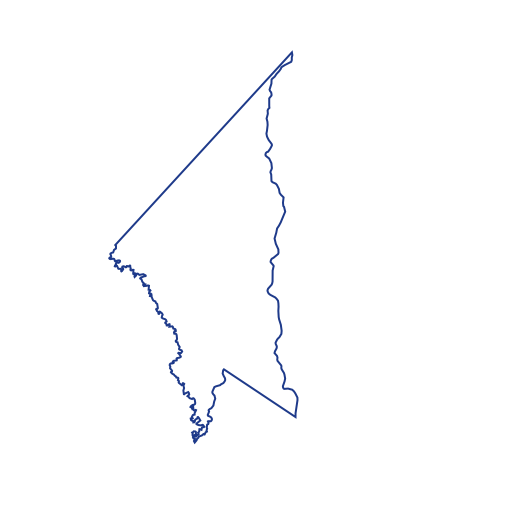 Barranca De Upia, Meta, Colombia, rotated 34°
{"feature_id": "7082276B26667075739233", "entity_name": "Barranca De Upia", "entity_type": "district", "adm_level": 2, "iso_a3": "COL", "parent_name": "Colombia", "parent_adm1": "Meta", "projection": "albers", "projection_center": [-72.985, 4.546], "detail": "fine", "context": "isolated", "style": "outline", "palette": "blue", "viewbox_px": 512, "rotation_deg": 34, "n_neighbors": 0, "source": "geoboundaries", "source_scale": "gbopen_adm2", "svg_char_len": 6153}
<svg xmlns="http://www.w3.org/2000/svg" viewBox="0 0 512 512"><g transform="rotate(34 256 256)"><path d="M133.2,325.6L134.2,325.8L135.7,328.1L134.9,330.3L135.6,332.9L134.5,334.2L134.0,335.4L134.2,335.9L135.3,336.5L136.5,337.7L136.2,338.6L135.6,339.1L135.6,339.9L136.3,340.2L137.2,339.9L139.3,338.0L140.0,337.8L140.6,338.0L141.7,339.0L142.2,339.1L144.2,336.7L145.1,336.1L145.9,336.0L146.2,336.3L146.4,337.0L146.1,338.1L145.9,338.5L144.7,339.0L144.0,340.2L144.1,340.7L144.7,341.3L144.4,342.7L144.7,343.5L145.2,343.4L145.5,342.5L146.3,341.9L148.9,343.5L149.5,343.4L150.7,342.4L151.7,342.4L152.2,342.8L152.5,343.8L153.0,344.0L153.3,343.4L153.3,341.2L152.8,340.7L151.3,340.2L151.2,339.4L152.0,338.5L153.4,338.2L154.1,338.3L154.6,338.0L154.7,337.7L154.5,336.6L154.9,336.3L155.9,336.2L156.8,334.4L157.3,334.5L158.1,335.7L159.1,336.3L159.4,337.4L160.0,337.9L160.7,337.7L161.7,336.2L162.2,336.0L163.9,339.1L164.5,339.6L165.0,339.4L165.3,338.0L166.4,337.9L166.8,339.0L166.6,340.8L167.1,341.2L167.5,339.4L167.2,337.7L167.4,337.0L168.1,336.7L169.9,336.9L172.7,334.1L175.2,333.8L175.7,334.1L175.7,334.4L174.7,335.3L172.4,338.5L172.6,339.4L174.2,339.4L176.1,340.9L178.1,341.3L178.3,342.5L178.6,342.9L179.3,341.7L180.1,341.4L180.2,342.3L179.7,343.2L180.0,343.6L182.1,341.8L182.9,340.8L183.9,340.5L185.8,344.0L187.0,343.4L187.8,343.7L187.5,345.3L188.2,346.8L188.6,346.8L189.5,346.0L190.6,346.1L191.3,346.9L190.4,347.4L190.3,347.9L190.5,348.5L191.8,347.9L195.3,350.2L196.2,350.3L198.0,349.9L199.2,350.8L200.9,351.0L203.8,354.1L203.8,354.9L203.0,355.5L203.0,356.0L204.8,357.0L206.1,357.0L207.4,358.4L207.8,358.4L208.0,358.2L207.5,355.9L208.1,355.8L208.9,356.1L210.2,356.1L211.5,356.9L211.6,358.2L212.3,359.8L213.4,359.9L216.2,359.2L217.3,359.4L218.5,360.3L218.0,361.8L218.1,362.2L220.0,362.6L220.8,363.5L221.4,363.2L222.0,361.3L222.4,360.9L223.0,361.4L223.7,363.1L226.0,361.1L226.6,361.2L228.0,362.4L229.8,361.8L230.4,361.9L231.5,363.0L231.4,363.4L230.6,363.6L230.5,363.9L230.8,365.3L231.7,366.1L233.0,365.3L233.7,365.4L234.6,366.1L236.9,368.9L237.2,369.9L236.9,371.1L237.3,371.7L237.9,371.9L239.2,371.4L241.1,373.1L243.6,374.1L244.0,375.8L244.4,376.3L245.2,376.3L247.0,375.8L248.2,376.5L248.1,378.4L247.7,378.8L246.0,379.5L245.9,380.0L247.0,380.2L249.6,381.2L249.9,381.4L250.0,382.0L249.2,383.3L247.7,384.7L247.5,385.4L248.5,386.4L248.6,386.9L246.2,389.1L246.2,390.4L247.4,390.4L247.5,390.8L246.9,391.7L245.3,392.9L245.1,393.9L245.5,394.8L246.7,395.5L247.6,397.2L249.3,397.6L250.6,398.1L250.9,398.7L250.4,399.7L250.5,400.0L252.4,400.4L254.2,400.2L255.6,400.7L256.8,400.6L258.0,401.3L259.1,400.6L259.7,400.6L260.2,401.1L260.7,402.6L262.1,402.8L262.6,404.1L263.0,404.3L266.7,404.6L266.9,403.9L266.5,402.4L267.0,402.1L268.0,402.2L268.3,404.0L270.2,405.7L271.0,408.1L273.5,410.9L273.8,410.8L274.1,409.6L275.9,406.7L276.8,407.0L278.1,408.2L278.1,408.7L277.5,410.1L277.6,410.6L278.9,410.4L280.4,411.0L283.0,410.3L283.3,409.2L283.7,408.9L284.5,409.0L285.7,409.5L287.8,411.8L288.2,412.7L288.0,413.6L286.7,415.0L286.1,416.8L286.1,417.8L287.3,417.7L288.6,418.4L288.7,417.9L288.0,416.4L288.1,416.0L290.0,418.3L290.6,418.7L291.2,418.6L292.1,417.3L292.5,417.3L293.0,420.7L293.8,421.8L292.6,423.2L292.8,425.1L294.3,426.0L293.9,426.5L293.0,426.7L292.7,427.2L293.8,428.3L294.6,428.4L296.3,427.9L297.1,429.0L297.9,428.3L297.9,427.8L297.2,426.0L297.5,424.8L298.1,423.8L297.7,422.2L298.0,421.9L299.4,422.3L301.8,423.5L300.5,427.7L300.4,428.4L300.7,428.7L302.7,428.4L304.9,427.3L306.2,425.8L306.9,425.8L308.6,426.5L308.5,427.1L307.4,427.8L307.1,428.4L308.0,430.6L306.3,430.9L305.9,431.2L307.1,433.3L306.8,434.9L308.1,435.7L307.8,436.9L307.2,437.5L305.9,437.3L304.4,435.4L303.8,435.4L302.4,436.2L302.3,437.3L301.8,438.1L302.9,438.7L303.4,439.9L304.0,440.3L304.6,440.0L305.6,438.0L307.2,438.3L307.4,438.7L307.2,439.4L305.2,440.5L305.1,441.5L306.0,442.1L307.6,441.8L308.0,444.1L309.5,444.9L309.8,442.0L309.4,440.8L309.8,438.9L309.6,437.9L310.0,437.1L311.5,435.0L312.0,432.9L312.2,432.7L313.0,432.9L313.2,432.7L312.8,430.2L313.5,429.0L312.5,428.2L312.0,426.4L311.1,425.8L309.9,423.4L309.8,423.1L310.4,422.1L310.0,420.9L308.6,420.0L308.7,419.7L310.9,418.3L311.1,417.7L311.0,416.4L310.4,415.6L309.2,414.9L307.5,414.9L305.7,415.3L304.9,414.8L304.1,411.2L303.2,410.7L302.9,410.0L303.2,408.8L304.1,407.1L304.3,403.8L302.7,400.0L302.0,397.1L299.6,394.9L298.0,394.6L296.3,393.8L295.7,392.8L294.8,387.9L295.8,386.3L298.5,383.1L298.7,382.0L300.0,379.6L300.1,377.4L299.8,376.0L298.7,374.7L296.3,373.5L294.1,372.1L292.7,369.1L292.8,367.9L378.8,367.4L376.7,364.2L371.0,352.3L369.5,350.2L365.4,347.9L363.2,347.0L360.8,346.6L356.7,348.0L353.7,350.4L352.9,350.4L351.9,349.8L351.1,348.9L349.8,344.0L348.7,341.3L345.9,338.4L344.5,337.3L340.7,335.6L339.6,334.7L338.8,333.3L338.1,332.6L332.5,330.9L331.6,330.1L330.6,328.2L329.3,327.1L325.6,326.1L325.0,324.3L324.7,321.1L324.3,320.1L323.7,319.2L321.4,317.8L320.7,316.9L320.3,314.0L320.3,312.5L320.8,310.2L320.6,306.4L319.1,303.7L315.1,299.2L310.6,295.6L309.0,294.0L305.2,289.0L303.1,285.5L301.1,282.8L299.3,280.8L297.1,280.0L295.1,279.6L289.6,280.2L287.4,280.0L285.5,278.9L284.7,278.0L284.3,276.3L285.0,271.0L284.7,269.6L284.0,267.9L277.9,258.7L276.3,254.5L275.8,254.1L271.6,252.9L271.1,252.3L270.7,250.9L270.6,249.5L271.5,247.7L273.2,242.0L272.9,240.8L270.8,238.0L265.6,234.8L261.6,231.1L259.8,225.4L258.1,221.4L258.1,218.1L257.7,214.3L255.4,202.9L251.8,199.6L250.7,199.3L250.3,198.8L248.6,196.8L246.1,192.0L242.4,191.3L240.3,190.5L237.5,187.6L233.6,185.4L231.9,185.0L228.3,185.6L226.9,185.2L223.1,180.0L221.1,178.5L220.7,177.4L220.5,175.7L220.0,174.2L216.8,170.4L212.4,167.8L209.3,167.6L207.9,167.4L207.2,166.8L206.6,165.2L206.9,163.8L207.7,162.8L207.8,159.4L207.5,156.3L207.2,155.1L206.2,154.3L201.8,152.8L199.8,151.7L198.3,150.8L196.2,148.7L195.1,146.1L192.4,140.9L190.4,138.3L187.9,136.1L186.3,131.5L184.2,128.8L184.0,127.0L184.3,125.7L183.2,124.4L178.8,117.9L179.1,114.3L178.5,113.3L177.1,111.9L175.3,111.3L174.2,110.5L172.4,104.5L170.3,101.1L170.3,100.2L171.2,96.8L171.2,93.7L171.8,89.9L171.9,87.1L171.6,85.6L171.8,84.6L173.2,81.4L176.6,75.3L176.1,73.5L174.7,71.5L173.8,69.1L171.9,67.1L133.2,325.6Z" fill="none" stroke="#1e3a8a" stroke-width="2"/></g></svg>